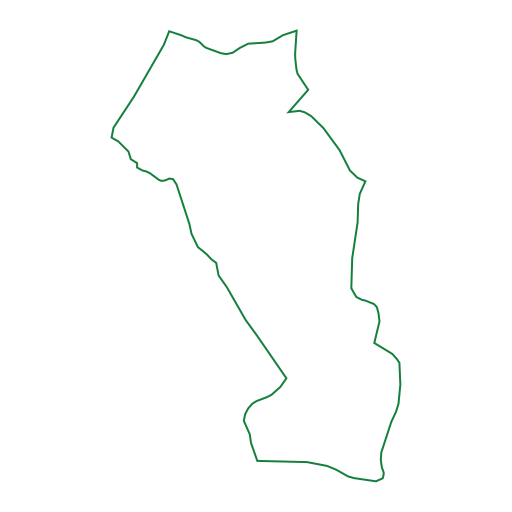 the District of Paro
{"feature_id": "BTN-2436", "entity_name": "Paro", "entity_type": "District", "adm_level": 1, "iso_a3": "BTN", "parent_name": "Bhutan", "parent_adm1": "", "projection": "mercator", "projection_center": [89.353, 27.467], "detail": "fine", "context": "isolated", "style": "outline", "palette": "green", "viewbox_px": 512, "rotation_deg": 0, "n_neighbors": 0, "source": "natural_earth", "source_scale": "10m", "svg_char_len": 1388}
<svg xmlns="http://www.w3.org/2000/svg" viewBox="0 0 512 512"><path d="M111.6,137.6L113.5,127.7L133.8,96.9L163.8,44.9L169.2,31.3L181.7,35.4L185.6,37.2L196.3,40.2L199.4,41.9L204.0,46.4L206.3,47.9L220.9,53.2L226.4,54.1L232.5,52.8L240.2,47.7L248.2,43.7L265.3,42.6L272.7,41.3L283.1,35.1L296.6,30.7L295.1,54.1L295.3,59.2L296.5,69.6L297.6,73.9L308.2,89.8L288.7,112.1L299.7,110.8L304.7,112.3L311.2,116.1L323.5,128.2L339.6,150.2L350.0,170.6L357.4,177.7L365.4,181.3L359.8,193.8L358.2,203.9L357.6,222.4L352.2,258.3L351.3,288.3L356.3,297.0L362.1,299.9L365.1,300.5L373.9,304.0L376.9,307.2L378.5,313.4L379.5,321.4L374.3,343.0L392.4,354.0L396.9,359.1L399.4,362.8L400.2,381.5L400.4,384.0L398.5,403.7L396.1,411.6L391.3,421.9L381.3,452.5L380.8,459.5L381.5,465.2L382.1,468.2L383.2,470.9L383.8,473.3L383.3,476.0L382.7,478.3L375.9,481.3L354.1,478.1L348.2,476.5L336.2,469.7L327.0,465.9L307.0,462.1L257.3,460.9L251.0,442.8L249.8,434.4L243.8,420.7L245.3,413.8L248.2,408.4L252.2,403.8L256.5,401.1L267.0,397.1L271.5,394.8L280.2,387.1L286.4,378.3L256.8,335.3L245.7,320.1L226.8,287.1L218.6,275.5L216.2,262.9L211.6,259.5L206.5,254.1L197.9,247.1L191.5,233.8L189.4,224.0L176.5,184.4L173.0,179.1L169.2,178.6L166.0,180.1L163.3,180.8L160.8,180.7L158.7,179.7L149.9,173.2L145.9,171.3L142.7,170.6L137.1,167.5L137.1,163.1L130.8,159.2L128.5,151.6L118.3,141.4L111.6,137.6Z" fill="none" stroke="#15803d" stroke-width="2"/></svg>